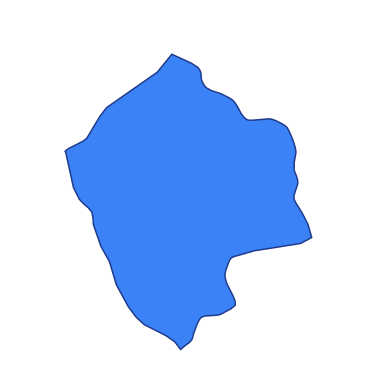 Le Kef, Mercator projection, rotated 328°
{"feature_id": "TUN-109", "entity_name": "Le Kef", "entity_type": "Governorate", "adm_level": 1, "iso_a3": "TUN", "parent_name": "Tunisia", "parent_adm1": "", "projection": "mercator", "projection_center": [8.752, 36.03], "detail": "fine", "context": "isolated", "style": "filled", "palette": "blue", "viewbox_px": 384, "rotation_deg": 328, "n_neighbors": 0, "source": "natural_earth", "source_scale": "10m", "svg_char_len": 1503}
<svg xmlns="http://www.w3.org/2000/svg" viewBox="0 0 384 384"><g transform="rotate(328 192 192)"><path d="M98.9,319.5L98.0,310.0L93.7,299.8L81.3,279.4L78.3,268.6L77.2,255.3L78.7,230.5L84.1,211.0L85.1,207.3L85.9,190.1L91.2,167.1L94.1,162.0L96.4,156.0L95.7,150.4L93.8,144.6L92.6,138.4L93.8,125.5L105.8,91.8L106.0,90.2L110.1,89.7L125.9,91.1L131.0,90.8L153.8,79.1L163.4,75.5L165.6,75.1L226.0,72.0L247.9,64.5L259.7,82.4L262.7,88.9L263.1,90.3L263.2,92.6L262.8,95.1L262.4,96.3L261.2,98.7L260.4,99.9L259.6,101.6L259.1,103.8L258.9,107.9L259.1,110.1L259.7,111.9L262.2,116.3L268.8,124.2L273.7,132.4L274.8,134.8L275.4,136.8L275.8,139.4L275.8,143.9L275.3,150.4L275.3,152.6L275.8,156.8L276.6,159.0L277.6,160.7L281.0,163.0L296.5,171.0L298.4,172.8L300.6,175.5L304.5,181.8L306.0,185.0L306.8,187.5L306.5,193.0L305.1,201.5L303.3,208.4L302.0,211.9L300.6,214.2L294.5,220.9L290.9,226.4L289.9,228.8L289.1,233.4L288.4,236.1L287.5,238.6L286.8,239.9L286.0,241.1L277.0,248.7L276.1,249.8L275.3,251.2L274.9,252.2L274.6,253.3L274.3,256.0L274.3,268.2L273.3,279.8L272.9,282.1L269.4,294.0L256.9,293.2L213.5,274.8L192.9,268.9L190.4,268.7L188.3,269.5L185.6,271.2L179.9,275.7L177.4,278.0L175.9,279.9L175.3,281.0L174.3,283.5L173.4,286.4L172.9,289.0L171.8,301.8L171.1,305.9L170.5,308.0L169.2,310.1L168.4,311.0L163.0,311.7L151.3,310.9L148.4,310.0L137.4,304.1L136.2,303.7L135.0,303.5L132.8,303.3L130.6,304.2L127.6,305.9L118.6,312.7L114.3,316.8L111.0,318.1L103.5,318.8L98.9,319.5Z" fill="#3b82f6" stroke="#1e3a8a" stroke-width="1.5"/></g></svg>